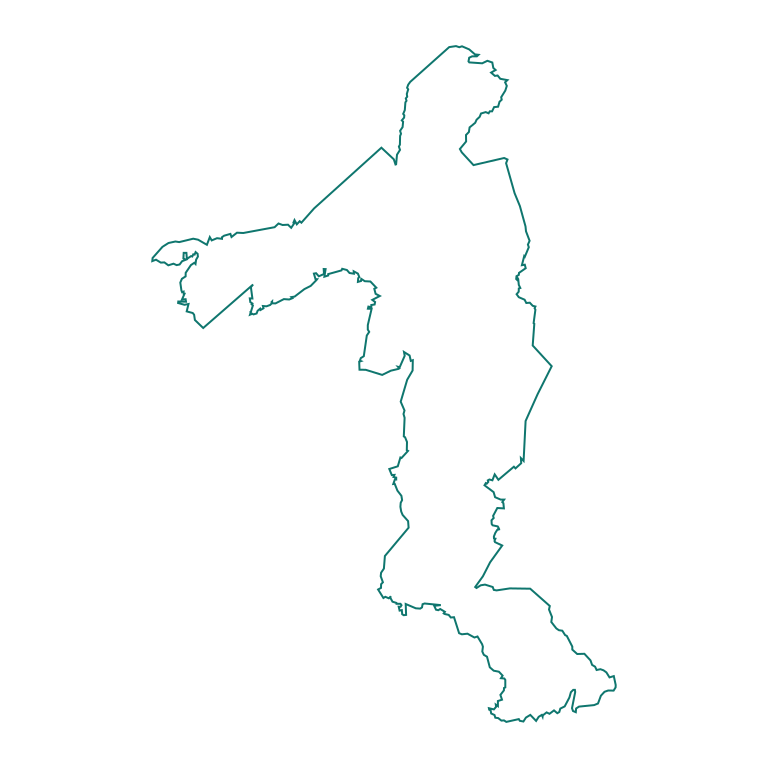 Tenamaxtlán, Jalisco, Mexico
{"feature_id": "50627088B22076648186197", "entity_name": "Tenamaxtlán", "entity_type": "district", "adm_level": 2, "iso_a3": "MEX", "parent_name": "Mexico", "parent_adm1": "Jalisco", "projection": "robinson", "projection_center": [-104.169, 20.135], "detail": "fine", "context": "isolated", "style": "outline", "palette": "teal", "viewbox_px": 768, "rotation_deg": 0, "n_neighbors": 0, "source": "geoboundaries", "source_scale": "gbopen_adm2", "svg_char_len": 6093}
<svg xmlns="http://www.w3.org/2000/svg" viewBox="0 0 768 768"><path d="M217.0,238.2L211.7,240.4L209.8,237.1L206.9,244.8L198.1,239.7L193.2,238.7L179.2,242.1L175.4,241.5L168.5,243.0L162.5,246.8L152.6,258.0L152.3,261.1L156.0,259.7L160.8,262.6L164.4,262.4L168.3,265.3L173.5,263.7L176.6,265.1L179.6,264.5L182.1,261.2L185.9,259.7L183.4,258.4L183.7,252.9L186.4,252.9L186.9,258.9L191.1,256.1L192.3,256.5L193.3,254.3L194.6,254.6L195.6,252.1L197.6,253.8L197.9,256.6L196.1,259.7L195.5,264.0L194.3,262.8L190.9,265.1L185.7,272.8L185.6,276.4L181.9,278.8L180.3,282.6L181.4,290.3L182.1,292.2L183.6,291.6L183.7,293.8L184.5,293.8L182.0,299.5L185.6,299.2L186.0,301.7L178.3,301.5L178.1,303.0L184.5,304.8L188.5,304.0L186.7,311.4L192.7,313.0L194.1,314.7L194.9,320.0L203.2,328.0L253.1,284.5L250.9,287.2L252.4,298.5L249.8,298.4L250.3,302.1L252.4,303.5L251.7,304.4L252.9,305.4L250.0,314.7L251.2,314.2L250.8,313.1L253.5,314.4L256.6,313.5L257.6,310.8L260.1,308.7L260.5,310.0L263.5,308.3L262.9,306.0L266.5,306.3L270.1,305.0L271.9,303.2L271.5,302.1L272.1,301.5L272.0,303.3L275.5,303.4L283.9,299.1L289.2,299.5L292.4,298.2L291.4,297.1L294.6,296.6L304.4,289.1L310.7,285.9L316.4,280.1L317.1,279.2L315.5,279.1L313.9,273.6L316.1,273.2L318.8,276.3L324.0,274.0L323.7,269.0L325.6,269.1L324.4,276.7L328.2,275.5L328.2,274.1L341.5,270.4L342.2,268.8L346.9,270.0L349.5,273.0L353.9,273.7L353.7,271.3L357.9,273.6L359.3,277.0L358.2,278.2L357.9,281.9L361.0,281.0L361.3,278.9L364.8,281.2L370.4,281.5L376.3,287.7L374.3,288.8L375.6,293.8L379.8,296.0L372.3,299.9L375.1,302.0L374.6,304.5L371.3,305.0L371.3,307.2L368.4,306.6L367.9,308.7L371.6,308.8L367.8,325.1L367.8,329.6L369.2,331.9L366.8,335.5L363.8,356.2L360.8,358.1L359.9,360.6L361.0,361.1L359.2,361.7L359.5,369.7L365.7,369.8L382.2,374.9L390.8,370.7L398.4,368.9L399.3,368.4L398.0,366.8L399.7,367.2L404.7,355.8L404.0,352.0L409.6,355.5L410.8,360.9L412.8,360.2L412.6,370.5L407.2,379.7L400.7,401.7L404.5,410.5L403.5,414.0L404.6,417.8L403.8,436.4L405.1,437.3L407.0,442.0L406.8,450.2L408.0,450.9L401.5,458.0L400.4,457.5L397.8,466.3L389.3,469.0L391.8,475.1L394.4,474.9L393.5,477.0L396.2,477.6L396.2,479.5L394.9,479.4L393.3,484.0L394.7,483.8L397.4,490.6L401.4,495.8L402.1,500.1L400.7,502.8L400.4,506.8L401.2,511.5L402.6,514.9L408.1,521.1L408.6,527.7L384.9,556.0L383.9,568.6L381.1,572.7L380.7,576.2L382.9,582.3L381.1,584.2L381.0,587.9L378.1,589.5L383.4,598.0L385.3,596.8L388.8,598.3L390.8,596.3L390.3,597.7L392.5,601.7L396.4,602.9L396.5,603.8L400.5,603.8L401.5,605.2L400.5,606.8L398.7,606.7L399.6,610.6L401.8,610.1L402.2,614.2L403.7,615.2L406.1,614.9L405.7,604.0L415.8,608.3L420.2,608.6L422.0,607.4L422.6,604.2L424.6,603.5L440.8,605.1L434.2,605.8L436.0,609.7L438.3,610.2L440.2,609.0L444.9,611.8L443.7,613.4L444.7,614.0L448.7,614.9L450.8,617.5L454.0,617.2L459.1,633.2L461.9,634.3L467.5,633.7L474.4,637.5L477.5,636.5L482.1,644.2L482.9,646.7L482.3,651.5L483.8,654.8L487.0,656.7L489.8,667.3L493.7,670.7L498.9,671.7L502.6,675.6L501.0,678.2L504.3,678.5L505.3,679.9L505.3,687.4L504.0,688.0L503.9,690.4L500.4,694.9L502.0,699.7L497.9,701.0L497.9,706.1L495.8,704.6L496.1,706.8L493.9,709.4L488.9,708.2L489.2,709.7L490.6,710.3L491.2,713.5L494.5,715.0L495.3,717.7L498.2,718.1L501.4,720.6L504.0,720.4L506.3,721.9L518.8,719.1L519.8,720.8L523.4,721.5L525.9,717.6L530.3,714.9L536.1,720.9L538.7,716.8L541.8,714.9L542.6,716.7L542.8,715.4L546.6,712.4L549.5,713.8L554.0,710.4L557.3,713.2L559.3,712.0L560.3,708.6L564.7,706.4L569.4,697.5L570.9,692.2L573.2,689.9L574.9,689.9L575.2,692.0L572.0,708.2L573.0,711.0L575.8,712.2L576.1,708.5L579.0,706.6L594.1,705.1L598.0,703.5L600.9,695.7L604.5,691.8L608.2,690.5L613.6,690.6L615.6,687.4L615.7,685.0L613.8,676.1L609.5,677.4L606.4,672.4L603.5,670.3L600.4,669.2L596.6,670.0L595.1,666.7L592.1,664.9L590.5,660.4L584.4,653.8L577.2,654.0L572.3,649.6L572.3,646.6L566.8,635.9L565.1,635.1L562.3,630.7L558.9,630.2L556.3,628.4L551.3,622.0L552.0,617.0L549.0,609.5L549.8,606.0L530.2,588.7L509.8,588.4L496.6,590.4L493.8,589.9L492.7,587.0L485.0,584.6L480.7,585.3L476.5,588.0L475.2,587.0L482.9,576.3L490.1,562.3L502.2,545.5L495.1,542.2L494.5,541.0L495.4,538.7L494.0,538.5L493.9,536.5L495.3,532.9L497.2,529.9L500.0,529.1L498.0,529.2L498.5,527.6L497.7,526.4L492.6,525.3L491.7,524.0L491.5,520.3L493.7,518.0L493.1,515.9L497.3,508.0L503.9,508.4L503.4,503.2L502.3,502.1L504.1,499.6L500.7,499.6L495.1,497.2L493.6,492.1L484.5,485.3L485.8,483.1L486.7,483.7L488.3,481.9L487.8,480.4L489.4,479.5L492.4,480.3L494.7,474.4L498.4,479.8L513.9,466.7L515.5,468.4L521.2,463.2L520.9,458.1L523.6,460.9L525.6,421.0L537.6,394.2L551.7,366.2L532.7,345.5L534.3,323.8L533.6,323.2L535.4,309.7L534.6,308.2L535.4,306.5L532.7,305.8L529.8,302.7L526.3,303.0L524.6,299.7L518.8,297.2L516.6,294.2L518.7,291.7L518.8,288.5L520.3,288.0L518.8,284.9L518.2,279.0L517.5,277.9L516.9,279.7L516.2,279.0L516.5,276.2L518.8,274.9L519.0,272.9L525.7,268.2L524.8,264.7L521.9,265.2L524.2,256.1L524.8,256.8L528.8,247.2L527.9,244.6L529.6,240.8L526.0,231.3L525.5,226.4L519.9,206.1L514.6,193.2L506.1,163.2L507.5,159.5L504.1,158.0L473.5,165.1L461.8,152.4L459.9,149.0L466.1,141.5L466.0,135.0L468.9,132.0L469.6,127.4L475.2,122.8L476.6,119.7L479.7,116.8L481.0,113.5L485.7,112.1L488.6,113.3L489.8,111.3L492.1,111.3L494.1,107.1L498.1,106.7L499.5,101.8L501.7,99.7L501.2,97.2L505.3,90.6L506.8,85.9L505.1,82.3L507.4,80.1L500.3,78.8L497.6,75.5L494.9,75.9L491.1,72.6L495.6,70.0L493.3,67.9L492.3,62.5L487.4,60.8L482.2,63.3L469.3,62.4L468.5,61.4L469.2,57.7L472.2,56.3L476.9,56.3L478.5,54.8L475.0,54.4L469.2,49.4L462.0,46.3L459.3,47.2L456.0,46.1L449.2,47.1L410.2,81.9L408.2,84.7L407.1,87.8L408.2,89.3L406.8,94.0L407.2,96.7L405.8,98.4L406.5,100.8L405.4,102.3L404.8,110.1L403.2,113.9L404.3,115.3L404.1,117.6L401.8,120.4L403.1,121.7L402.6,127.1L400.1,130.8L401.0,133.8L400.1,135.9L399.9,144.7L398.9,146.6L400.0,149.9L397.0,154.7L396.1,164.3L395.5,164.5L393.8,159.3L381.4,147.7L314.1,208.4L301.4,222.7L299.7,221.2L296.8,224.3L294.5,220.1L293.4,222.7L294.1,223.5L291.2,227.8L288.0,224.7L282.6,225.0L278.5,223.5L274.6,227.2L243.3,233.0L237.0,232.7L231.5,237.0L230.4,233.9L224.1,235.7L222.0,237.2L222.0,238.8L217.0,238.2Z" fill="none" stroke="#0f766e" stroke-width="2"/></svg>